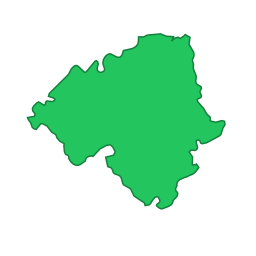 outline of Sevilla, rotated 167°
{"feature_id": "ESP-5844", "entity_name": "Sevilla", "entity_type": "Autonomous Community", "adm_level": 1, "iso_a3": "ESP", "parent_name": "Spain", "parent_adm1": "", "projection": "orthographic", "projection_center": [-5.672, 37.516], "detail": "fine", "context": "isolated", "style": "filled", "palette": "green", "viewbox_px": 256, "rotation_deg": 167, "n_neighbors": 0, "source": "natural_earth", "source_scale": "10m", "svg_char_len": 2897}
<svg xmlns="http://www.w3.org/2000/svg" viewBox="0 0 256 256"><g transform="rotate(167 128 128)"><path d="M62.2,206.5L63.1,206.6L66.0,202.8L64.1,204.1L61.4,205.1L58.8,205.2L56.9,203.5L52.6,205.2L51.2,206.2L47.2,202.4L49.7,195.9L47.2,187.8L47.0,186.1L47.2,184.5L47.7,183.1L49.7,180.2L50.0,179.3L49.9,175.2L51.0,171.3L49.9,163.7L50.1,162.2L51.4,158.6L51.6,156.8L50.9,155.0L47.6,151.9L47.4,150.4L48.0,149.4L49.5,147.8L49.8,146.3L49.1,142.9L49.6,141.8L50.5,141.2L52.9,140.8L53.9,140.1L54.3,139.0L54.1,137.8L50.0,130.3L48.1,123.9L45.5,120.1L46.3,116.4L41.3,113.9L34.9,114.1L32.4,112.8L32.8,109.4L33.3,108.7L35.3,106.9L38.8,100.9L40.8,99.7L54.8,95.9L59.4,96.0L60.5,96.9L60.7,97.7L60.8,99.2L61.3,99.9L61.8,100.3L63.2,100.6L63.9,100.5L64.4,99.9L64.7,98.7L64.6,93.6L65.8,91.6L67.7,91.0L71.5,92.3L73.8,90.9L71.6,85.3L73.6,77.7L72.7,77.3L70.4,77.1L69.5,77.5L67.9,73.6L69.3,72.3L72.4,69.9L74.9,68.6L82.6,67.1L84.6,67.0L88.9,66.1L90.2,65.6L91.3,64.9L92.5,63.6L92.8,62.6L93.1,61.9L93.2,61.2L93.5,60.5L95.2,58.3L95.5,57.4L95.5,56.5L95.2,55.6L94.7,54.8L94.3,54.0L94.3,53.1L94.6,52.2L95.1,51.3L95.7,50.4L96.6,49.6L99.2,48.0L100.0,47.4L100.5,46.8L101.4,45.2L102.1,44.3L103.0,43.6L106.0,42.5L112.7,41.6L114.0,41.8L115.4,42.9L117.0,44.7L117.5,45.5L117.7,46.2L117.2,46.9L115.6,47.8L114.7,48.2L114.0,48.7L113.4,49.3L113.3,50.1L113.4,51.0L114.0,53.7L114.6,54.4L115.7,54.6L117.5,54.2L119.7,52.6L121.9,50.5L122.6,49.7L124.5,48.4L128.8,48.6L128.7,51.1L137.4,60.4L139.2,68.3L145.0,73.5L145.6,75.2L145.8,80.7L146.7,83.0L147.9,84.2L151.2,86.2L152.3,87.6L152.6,90.9L153.2,92.5L153.8,93.3L156.4,94.9L156.3,104.6L148.3,104.7L145.8,107.7L147.2,113.2L149.3,115.7L152.9,115.9L159.8,114.0L168.5,108.2L169.7,108.9L172.4,109.2L174.7,108.7L175.4,108.2L177.2,105.4L182.5,103.2L185.1,102.9L187.6,103.7L189.7,105.4L191.3,107.9L192.4,110.8L192.5,111.8L192.2,113.6L192.5,114.6L193.0,115.2L194.3,115.9L194.8,116.6L195.3,119.1L194.5,124.9L193.7,127.2L197.4,130.4L199.5,134.5L199.8,137.7L203.4,141.2L206.3,147.9L210.2,151.4L212.3,151.6L217.7,147.3L219.6,148.2L221.1,150.0L221.8,155.3L223.1,158.1L223.6,160.8L216.8,160.4L215.3,162.3L217.0,166.2L216.7,168.6L215.1,170.5L211.1,173.0L209.2,173.5L204.7,169.2L203.8,169.1L203.3,169.7L202.5,171.5L201.6,172.5L200.8,172.6L196.4,170.9L195.1,170.9L193.9,171.3L193.2,171.8L192.9,172.1L192.7,172.5L193.8,174.0L198.4,176.7L196.9,179.4L173.9,193.6L170.4,197.8L168.4,199.4L166.1,200.6L164.3,200.6L162.9,199.7L158.1,192.5L157.1,191.9L156.2,192.0L145.1,200.5L143.8,200.8L142.7,199.5L142.6,197.1L144.6,193.2L144.8,191.0L144.1,189.6L142.9,188.7L141.5,188.3L140.2,188.4L138.4,189.1L137.8,189.9L137.5,191.1L138.0,195.7L137.7,197.4L136.6,200.0L134.8,202.1L132.7,203.6L130.5,204.4L128.4,204.2L122.7,199.5L119.9,198.7L117.5,200.3L115.0,204.5L105.9,204.4L102.1,205.6L99.7,207.4L98.3,210.2L97.2,214.4L92.0,213.2L88.7,214.2L75.2,212.4L69.8,208.7L62.2,206.5Z" fill="#22c55e" stroke="#15803d" stroke-width="1.5"/></g></svg>